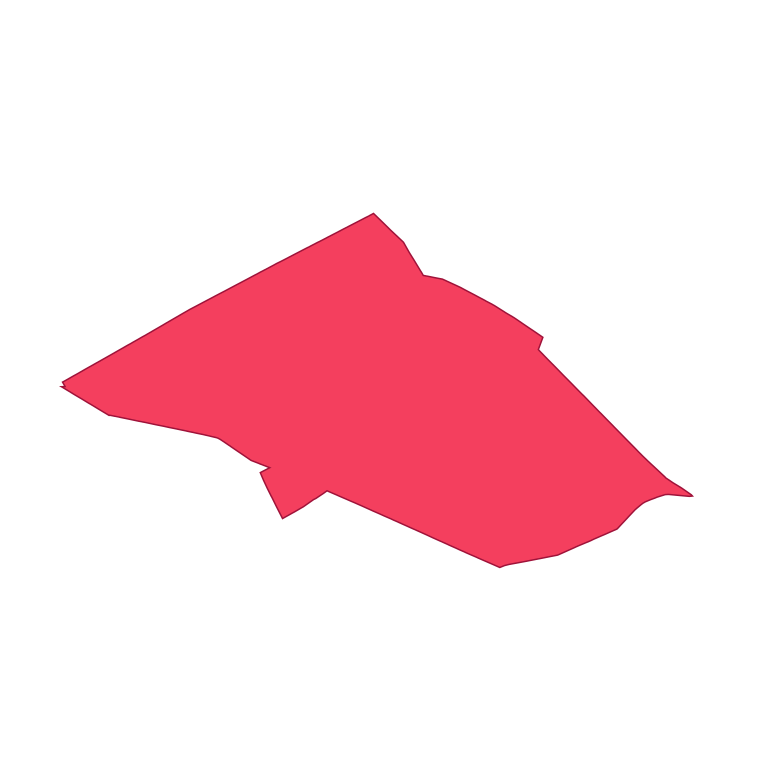 Comuna 15, Ciudad de Buenos Aires, Argentina (Robinson projection), rotated 7°
{"feature_id": "61730980B90079701589370", "entity_name": "Comuna 15", "entity_type": "district", "adm_level": 2, "iso_a3": "ARG", "parent_name": "Argentina", "parent_adm1": "Ciudad de Buenos Aires", "projection": "robinson", "projection_center": [-58.461, -34.59], "detail": "fine", "context": "isolated", "style": "filled", "palette": "rose", "viewbox_px": 768, "rotation_deg": 7, "n_neighbors": 0, "source": "geoboundaries", "source_scale": "gbopen_adm2", "svg_char_len": 3860}
<svg xmlns="http://www.w3.org/2000/svg" viewBox="0 0 768 768"><g transform="rotate(7 384 384)"><path d="M423.7,522.1L426.9,523.1L439.0,526.8L445.1,528.7L447.3,529.4L451.6,530.8L459.4,533.2L466.9,535.5L467.7,535.8L472.0,537.1L475.3,538.1L479.3,539.4L483.0,540.5L483.3,540.6L483.5,540.6L485.5,541.3L486.1,541.5L489.5,542.5L497.0,544.7L498.8,545.3L515.0,550.1L521.3,552.0L525.8,549.5L530.2,547.8L537.9,545.4L547.4,542.4L548.6,542.0L558.4,538.8L559.4,538.5L568.5,535.5L570.0,535.0L576.8,532.8L577.5,532.5L583.0,529.2L587.3,526.6L593.6,522.8L593.7,522.7L594.6,522.1L594.9,522.0L596.2,521.2L598.1,520.1L608.3,514.3L609.8,513.3L611.2,512.4L619.7,507.4L620.1,507.2L624.3,504.7L625.8,503.8L633.0,499.5L633.4,499.0L636.0,495.4L641.7,487.6L642.6,486.3L648.7,478.0L649.4,477.3L649.7,476.9L653.7,472.6L655.5,470.8L657.1,469.6L657.6,469.2L662.5,466.4L667.0,464.1L668.0,463.5L668.7,463.1L676.6,459.5L678.3,459.2L679.3,459.0L680.4,458.9L691.2,458.6L700.8,458.3L703.8,457.6L702.5,456.5L692.1,451.0L682.6,446.7L680.9,445.8L675.2,442.9L674.9,442.7L674.7,442.4L666.2,436.2L657.5,429.9L656.3,429.0L656.1,428.9L650.4,424.6L649.2,423.7L648.7,423.3L645.0,420.4L641.2,417.3L632.1,410.1L623.6,403.3L623.4,403.2L622.7,402.6L617.9,398.8L616.1,397.3L608.5,391.3L602.8,386.7L601.7,385.9L594.1,379.8L586.7,373.8L585.3,372.7L585.1,372.5L583.1,370.9L582.8,370.7L582.7,370.7L582.2,370.3L576.0,365.4L569.9,360.5L562.4,354.6L560.0,352.7L551.8,346.1L543.4,339.5L534.6,332.4L533.0,331.0L536.0,318.3L535.6,318.1L534.1,317.3L525.0,312.6L521.8,311.0L514.6,307.3L506.9,303.3L505.1,302.4L504.7,302.2L504.2,302.0L503.6,301.7L497.8,299.2L495.8,298.3L494.6,297.7L494.0,297.4L491.4,296.2L487.2,294.2L483.8,292.6L483.2,292.4L481.4,291.6L475.2,289.3L474.3,288.9L473.9,288.7L467.3,286.2L463.2,284.6L452.6,280.6L448.3,278.9L443.7,277.4L434.3,274.4L434.2,274.4L432.8,273.9L429.6,272.9L429.4,272.8L423.2,272.4L414.0,271.7L413.3,271.7L410.8,271.5L410.0,271.5L409.8,271.5L407.2,268.1L406.5,267.3L398.8,257.5L393.6,251.1L392.6,249.8L386.1,241.0L384.8,240.0L371.7,230.4L363.4,224.0L352.8,216.0L347.1,220.0L345.4,221.1L338.7,225.7L332.4,230.0L324.9,235.1L317.4,240.3L316.2,241.1L309.9,245.4L308.8,246.2L303.5,249.8L302.4,250.6L302.0,250.8L301.2,251.3L294.9,255.6L293.1,256.9L292.1,257.6L291.8,257.7L287.1,260.9L274.7,269.4L273.3,270.4L269.8,272.8L266.4,275.1L262.7,277.5L260.1,279.4L258.1,280.8L250.5,286.1L249.5,286.8L248.1,287.7L244.1,290.6L243.0,291.3L234.9,297.0L228.0,301.8L227.0,302.5L226.4,302.9L219.1,308.0L214.1,311.5L211.3,313.4L205.5,317.4L204.4,318.2L195.9,324.1L187.3,330.1L181.8,333.9L180.4,335.0L175.7,338.5L169.9,342.9L165.4,346.3L160.9,349.7L156.5,353.1L152.0,356.5L143.0,363.3L141.2,364.7L138.5,366.6L134.0,370.0L129.4,373.4L127.6,374.8L124.9,376.7L115.8,383.5L106.8,390.2L96.5,397.8L85.9,405.6L77.1,412.2L75.4,413.4L66.0,420.4L64.7,421.3L67.8,425.4L64.2,426.0L67.1,427.3L69.5,428.4L70.4,428.8L78.1,432.3L86.8,436.1L91.4,438.2L94.1,439.4L95.4,439.9L96.0,440.2L105.3,444.4L115.0,448.7L115.4,448.4L118.1,448.6L134.6,449.9L145.0,450.8L148.6,451.0L149.0,451.1L149.7,451.1L152.4,451.3L162.5,452.2L170.7,452.8L176.0,453.3L183.8,453.9L189.6,454.4L189.8,454.4L193.3,454.7L195.0,454.9L198.7,455.2L200.3,455.3L203.1,455.6L210.7,456.2L213.3,456.5L224.4,457.7L225.8,458.0L228.1,458.9L229.3,459.5L235.0,462.4L245.8,468.0L254.0,472.2L261.3,476.0L263.6,476.6L269.6,478.1L270.1,478.3L280.8,481.0L279.5,481.9L278.6,482.5L272.0,487.0L276.2,494.3L280.9,501.8L286.0,509.5L286.3,509.8L292.4,519.1L299.7,529.9L307.5,524.2L308.0,523.8L310.7,521.9L317.4,516.8L318.1,516.3L318.9,515.7L328.3,507.2L330.2,506.0L337.4,499.8L340.5,496.9L341.6,497.3L351.2,500.1L351.8,500.3L353.1,500.7L363.0,503.6L365.3,504.3L369.5,505.5L372.1,506.3L376.8,507.7L387.1,510.9L388.3,511.3L394.7,513.2L398.9,514.5L399.8,514.8L407.3,517.0L410.6,518.1L411.4,518.3L420.1,521.0L423.7,522.1Z" fill="#f43f5e" stroke="#9f1239" stroke-width="1.5"/></g></svg>